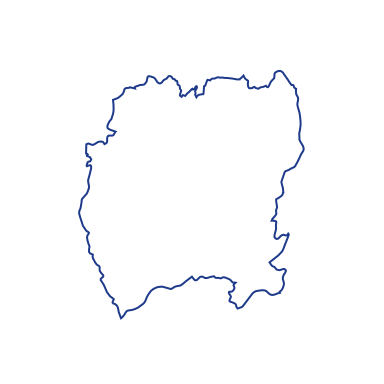 outline of Dien Khanh, Khánh Hòa, Vietnam, rotated 197°
{"feature_id": "81297802B57264474428475", "entity_name": "Dien Khanh", "entity_type": "district", "adm_level": 2, "iso_a3": "VNM", "parent_name": "Vietnam", "parent_adm1": "Khánh Hòa", "projection": "robinson", "projection_center": [109.047, 12.278], "detail": "fine", "context": "isolated", "style": "outline", "palette": "blue", "viewbox_px": 384, "rotation_deg": 197, "n_neighbors": 0, "source": "geoboundaries", "source_scale": "gbopen_adm2", "svg_char_len": 6029}
<svg xmlns="http://www.w3.org/2000/svg" viewBox="0 0 384 384"><g transform="rotate(197 192 192)"><path d="M282.0,274.0L282.2,273.6L282.9,273.1L285.3,272.2L286.3,271.2L286.6,270.5L286.6,267.4L286.9,265.8L287.3,264.8L289.3,261.6L290.6,260.0L294.5,257.0L292.6,252.6L291.0,247.7L290.5,245.0L290.4,243.6L290.4,238.1L291.4,236.0L292.1,232.9L292.2,230.3L291.8,229.1L291.2,228.3L290.2,228.0L288.6,227.6L282.7,227.4L283.1,226.5L283.6,224.0L283.9,223.3L284.6,222.7L288.1,221.6L288.8,220.7L289.0,220.2L288.8,218.6L288.6,217.6L288.0,215.9L287.9,215.0L288.0,214.2L288.4,213.5L289.7,212.2L290.9,213.3L291.7,213.8L292.3,213.9L294.3,213.5L295.6,212.9L296.7,212.1L299.4,209.0L300.3,208.3L301.0,207.9L301.8,207.9L305.1,208.1L306.1,207.5L307.0,206.7L304.6,197.9L303.6,197.9L302.9,197.6L302.7,197.4L303.1,196.8L303.3,196.4L303.1,196.0L302.8,195.7L301.1,195.7L299.7,195.4L297.9,193.8L298.2,191.9L298.5,191.4L299.9,190.7L300.5,189.9L300.6,187.4L300.3,186.1L300.0,185.9L298.9,186.9L297.1,187.9L296.5,187.7L296.0,187.1L295.4,185.4L295.0,179.2L294.8,173.0L294.3,171.4L292.4,167.9L291.9,166.4L291.7,165.4L291.9,161.7L292.0,160.2L292.7,158.5L295.1,153.2L295.1,151.9L294.6,149.6L294.0,145.0L293.9,143.7L294.2,140.9L293.9,139.3L293.5,138.2L291.3,134.8L286.4,127.8L282.4,124.5L281.7,124.0L279.8,123.5L278.7,122.9L278.6,122.6L278.6,122.0L279.2,120.2L279.3,119.4L279.0,117.6L277.8,115.2L275.9,112.3L274.1,110.0L273.7,107.2L273.1,105.1L272.9,104.6L271.6,103.5L268.6,103.2L268.4,102.7L268.2,101.3L267.5,99.9L264.0,96.3L261.8,94.7L259.2,94.0L258.6,93.5L258.3,93.0L257.8,91.2L257.1,89.6L255.6,88.3L252.5,86.4L252.2,85.1L252.6,84.3L253.6,82.8L253.8,81.9L253.6,81.1L252.1,79.9L249.0,77.2L244.1,71.4L239.8,68.3L235.6,66.8L235.4,66.3L235.8,64.4L235.6,63.0L234.7,62.4L233.1,62.4L230.9,61.6L229.7,60.5L228.8,59.3L227.1,56.0L223.0,50.5L222.1,51.8L220.9,54.6L220.4,56.8L219.8,58.5L219.3,59.3L218.6,59.9L214.8,61.7L213.3,62.7L211.9,63.8L209.9,65.6L206.2,70.5L205.4,71.9L204.8,73.8L204.4,78.5L203.8,81.1L203.0,83.7L202.3,85.5L200.7,87.8L198.1,90.3L195.6,91.7L192.7,92.8L186.7,93.0L184.2,93.0L183.6,93.2L182.6,94.1L181.6,95.4L180.4,96.6L179.2,97.4L176.9,98.5L175.4,99.5L173.4,102.2L171.6,105.1L167.3,111.0L164.0,108.7L162.9,108.6L162.2,108.8L161.5,109.4L160.0,112.2L159.3,113.2L158.5,113.7L157.4,114.1L154.4,113.6L153.2,113.9L152.0,114.4L149.6,116.1L146.5,117.8L145.9,117.6L144.6,116.9L143.8,116.9L141.3,117.7L139.8,117.7L139.2,117.9L138.4,118.5L137.7,119.3L136.8,119.7L135.7,119.9L134.2,119.8L131.5,119.6L129.7,119.2L126.9,117.5L126.2,117.4L125.5,117.5L124.8,117.9L123.8,118.0L124.5,116.8L125.0,115.5L125.0,114.9L123.5,113.1L123.3,111.9L123.5,110.8L124.0,109.4L124.7,108.6L125.6,108.0L127.3,107.4L127.4,107.1L127.3,106.5L126.8,105.7L125.0,104.3L124.5,103.7L124.2,103.2L124.1,102.4L124.4,101.4L124.5,99.3L124.1,98.5L123.5,98.3L121.8,98.3L118.3,97.9L117.8,97.7L117.0,97.0L116.1,95.4L115.5,94.7L114.3,93.9L113.8,94.2L110.7,96.6L110.1,97.4L104.5,112.6L103.6,114.1L102.1,115.7L100.3,116.7L96.2,118.6L93.2,119.2L91.3,118.7L89.5,117.7L87.4,116.9L85.4,116.9L83.2,117.9L80.0,120.4L78.5,121.2L79.1,121.8L79.1,122.1L79.0,122.4L78.4,122.9L77.6,124.5L77.2,126.3L77.0,128.5L77.1,130.4L77.4,131.7L79.4,134.9L80.0,136.1L80.2,137.3L80.1,138.7L79.9,140.2L79.4,141.5L79.1,144.1L80.1,145.1L81.5,145.3L82.8,144.7L84.8,143.2L85.9,142.7L88.5,142.6L90.9,144.2L91.7,144.5L92.8,144.5L93.9,144.8L95.0,145.5L97.3,147.4L90.9,156.6L88.5,161.4L88.0,163.9L87.7,168.9L87.1,176.0L87.0,179.7L87.8,180.3L88.0,179.5L88.5,178.6L89.3,177.9L90.2,177.8L91.9,177.9L92.7,177.5L93.5,176.9L94.3,175.8L94.8,174.7L95.8,172.9L96.5,172.2L97.5,171.9L98.5,172.0L99.8,172.8L100.5,174.7L100.7,180.4L101.1,182.4L101.9,184.1L102.6,187.9L103.1,188.5L105.0,188.5L106.4,188.2L107.4,187.8L107.3,189.6L105.5,193.6L105.0,195.2L105.0,195.9L106.2,198.7L106.2,202.4L108.9,208.0L109.4,209.6L107.3,211.8L105.2,214.6L104.7,215.8L104.8,217.7L104.4,218.1L106.3,222.4L109.1,227.0L109.5,228.1L109.2,237.6L109.0,238.8L108.5,239.4L105.9,241.4L104.5,243.1L102.1,245.2L101.4,245.9L100.9,247.1L100.0,251.2L99.1,256.8L98.8,259.6L97.8,263.3L97.6,264.7L97.9,266.1L99.0,268.1L103.7,272.4L104.6,273.7L106.6,279.4L106.8,282.2L107.7,287.7L108.8,291.1L110.9,296.2L112.5,299.4L116.3,305.3L117.0,307.0L117.6,311.7L118.0,312.9L118.7,313.8L120.6,315.6L121.4,317.0L122.4,319.8L122.6,321.1L124.1,321.5L124.9,321.9L126.1,323.6L126.7,323.9L127.2,323.8L127.7,323.5L128.3,323.5L131.2,325.7L132.9,327.2L140.2,332.9L141.8,333.5L143.2,333.5L144.5,333.1L146.1,331.9L147.1,330.8L147.5,330.0L147.6,329.0L146.8,325.6L146.7,324.9L148.4,321.5L149.0,319.7L149.4,316.0L150.0,314.5L150.5,314.3L151.3,314.5L152.1,315.1L152.4,315.2L154.3,313.6L157.0,312.1L158.9,310.1L161.6,310.1L163.0,310.8L163.2,310.7L164.1,310.1L164.4,309.3L165.0,308.9L167.3,308.0L167.9,308.1L168.9,309.0L169.5,310.0L170.2,311.7L170.5,313.7L171.0,314.8L173.6,315.6L174.8,316.3L176.8,318.4L178.1,315.8L179.2,314.2L179.3,313.6L181.9,312.8L186.6,312.3L191.8,311.3L194.7,310.5L196.3,310.4L198.6,309.5L200.5,309.4L201.7,308.7L203.6,307.1L205.9,306.3L206.9,305.0L207.3,304.0L209.8,303.9L210.1,303.4L210.3,300.8L210.4,297.6L211.3,296.9L211.2,295.9L209.8,289.6L209.9,288.8L211.5,288.2L214.2,286.7L215.0,285.4L215.5,283.9L217.4,285.9L217.5,287.5L218.4,289.3L218.4,290.1L217.9,292.2L217.9,293.6L218.3,294.4L218.6,294.5L218.9,294.4L219.2,294.0L219.9,291.0L220.3,290.6L220.9,290.3L221.7,290.9L222.3,290.3L224.1,286.7L225.3,285.0L226.6,281.9L229.1,282.0L229.8,280.0L231.7,280.7L232.0,282.2L231.9,283.4L232.0,284.5L231.9,285.4L232.2,286.1L233.6,287.1L234.6,289.4L234.9,289.8L235.5,290.2L237.0,290.5L237.4,291.1L238.1,292.8L238.9,293.8L240.3,293.7L241.7,294.8L243.5,294.7L245.1,296.1L246.3,296.4L247.1,296.4L247.9,296.1L248.4,295.6L249.4,293.1L251.6,290.9L252.3,289.7L252.8,288.0L253.8,286.9L254.4,286.4L255.0,286.3L256.5,286.6L257.6,287.2L260.4,289.6L262.1,290.3L265.7,290.4L267.2,290.1L267.8,289.6L268.1,288.7L267.7,285.0L267.9,283.7L268.9,281.2L269.5,280.6L270.5,280.1L272.9,279.1L273.9,278.5L274.9,277.5L276.1,276.9L277.3,275.7L277.5,275.2L276.8,274.3L282.0,274.0Z" fill="none" stroke="#1e3a8a" stroke-width="2"/></g></svg>